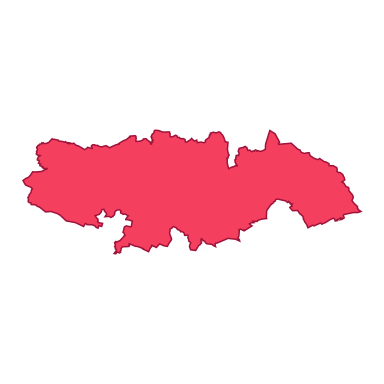 Thurles Lea-5, North Tipperary, Ireland (Equal Earth projection)
{"feature_id": "5873133B42625878328180", "entity_name": "Thurles Lea-5", "entity_type": "district", "adm_level": 2, "iso_a3": "IRL", "parent_name": "Ireland", "parent_adm1": "North Tipperary", "projection": "equal_earth", "projection_center": [-7.824, 52.667], "detail": "fine", "context": "isolated", "style": "filled", "palette": "rose", "viewbox_px": 384, "rotation_deg": 0, "n_neighbors": 0, "source": "geoboundaries", "source_scale": "gbopen_adm2", "svg_char_len": 6019}
<svg xmlns="http://www.w3.org/2000/svg" viewBox="0 0 384 384"><path d="M43.1,142.7L42.6,143.1L41.8,142.9L41.7,143.8L39.6,144.2L39.2,145.0L37.9,145.5L37.8,146.2L36.8,147.0L36.6,147.7L37.5,149.3L36.5,151.6L36.9,152.2L36.2,153.9L37.5,155.1L40.1,155.6L38.3,156.9L37.3,159.3L37.4,160.1L38.8,160.3L39.3,161.2L38.4,163.1L40.4,164.0L39.8,164.4L39.9,165.7L42.7,166.7L43.3,167.2L42.5,167.7L44.7,169.0L45.7,168.5L47.7,168.5L41.4,171.5L34.9,172.0L32.6,171.8L30.8,174.8L28.5,177.3L26.1,178.3L23.0,180.5L25.5,185.0L31.2,187.4L32.4,189.1L31.6,189.5L31.0,192.4L29.0,195.0L29.2,195.7L28.6,196.9L27.9,197.3L28.4,199.0L28.2,201.6L29.2,202.6L31.1,203.0L31.2,204.6L35.7,204.8L36.8,206.0L39.9,207.4L45.5,211.9L50.9,211.5L57.2,213.5L60.3,215.3L66.2,220.9L75.4,222.6L83.6,226.5L85.2,223.6L86.7,224.1L86.8,224.6L92.2,224.8L95.2,226.0L95.9,227.2L98.0,228.2L98.8,225.8L101.7,226.4L102.6,223.4L98.2,222.6L98.3,222.1L97.6,221.3L98.1,220.5L97.8,218.9L96.7,218.1L95.2,215.6L99.2,214.4L101.3,211.9L101.6,210.3L102.2,209.4L104.1,209.5L104.5,211.2L106.6,213.4L106.6,214.2L105.0,216.7L109.2,216.4L110.8,217.5L113.2,216.3L113.3,215.7L114.2,215.1L114.8,213.5L114.6,212.4L115.9,210.9L116.8,210.2L119.1,209.7L120.3,210.3L120.5,210.8L121.1,211.1L120.6,212.0L120.9,213.2L121.8,213.3L123.0,214.4L124.8,213.9L128.4,215.8L127.2,217.0L125.8,219.1L125.8,219.6L128.3,219.8L132.3,221.1L131.3,226.2L130.8,226.9L126.3,225.9L124.4,226.9L123.0,232.4L123.9,232.8L125.0,235.4L124.4,235.4L123.6,236.8L119.8,240.7L116.7,241.9L115.9,241.5L114.9,242.3L115.6,242.7L114.8,243.4L115.4,245.2L114.6,246.7L115.5,247.1L115.3,248.8L116.4,249.6L116.4,250.4L114.1,253.5L115.8,253.8L117.0,252.1L119.6,252.9L119.7,252.4L120.6,252.2L120.4,251.1L121.0,250.3L121.0,248.9L121.9,247.2L123.1,246.8L128.9,246.5L129.5,245.7L128.8,244.8L129.2,243.7L135.2,246.2L137.9,246.6L143.2,248.6L142.9,249.0L148.6,251.7L150.2,248.2L151.7,246.5L151.5,245.4L151.8,245.3L156.4,247.5L159.6,243.9L163.9,245.8L167.4,246.4L168.7,243.8L171.3,240.0L171.6,239.0L169.5,233.2L170.1,230.6L170.0,229.1L171.9,228.1L173.1,226.6L175.9,227.5L177.7,229.7L179.2,230.0L180.9,231.9L181.5,231.5L182.6,231.8L184.4,233.5L184.6,235.4L187.8,235.2L188.2,236.5L187.8,237.7L188.6,239.4L188.7,241.0L190.8,242.9L189.8,244.7L189.5,246.6L190.6,249.8L195.7,250.5L198.7,245.4L200.1,244.7L200.3,244.1L201.5,243.1L201.2,242.5L201.6,241.3L200.7,240.5L201.2,238.9L201.9,238.7L203.0,240.5L204.9,241.3L205.1,242.2L206.5,243.7L212.0,244.4L212.9,245.3L215.5,246.6L215.1,245.4L215.3,243.4L217.5,242.9L228.0,238.4L235.5,239.2L239.7,241.1L239.3,239.4L237.8,238.1L238.8,236.4L239.3,231.2L239.0,229.6L240.5,229.2L244.1,230.8L244.3,230.0L245.0,230.3L252.0,225.9L249.4,223.9L251.1,222.9L254.0,222.6L252.9,221.3L257.2,221.4L257.9,220.4L261.4,219.2L266.6,218.5L266.3,218.0L266.7,210.6L271.1,204.3L271.6,204.4L272.1,203.6L273.7,202.7L273.8,201.7L275.3,201.0L275.7,199.6L277.3,199.0L285.6,200.9L287.6,202.5L288.6,201.5L289.4,202.7L290.1,202.5L290.4,203.9L291.9,203.9L291.4,204.3L291.8,204.9L291.3,205.0L291.9,206.3L290.1,207.0L289.8,207.6L292.6,210.7L297.6,210.5L300.0,214.0L300.7,214.1L301.0,214.7L303.0,216.4L303.1,217.7L303.6,218.5L303.4,219.5L304.5,220.7L304.6,221.7L306.6,224.4L307.9,227.8L312.7,225.2L314.0,225.9L320.6,223.0L321.8,224.2L325.8,222.4L330.3,219.5L333.6,218.2L334.6,219.2L335.2,221.0L337.3,220.6L336.7,220.0L340.4,218.3L340.5,217.9L341.8,218.2L340.6,219.6L342.0,219.3L344.2,217.9L343.4,215.3L343.7,214.6L353.1,212.6L358.0,212.5L361.0,211.5L358.1,209.5L358.0,208.7L357.4,208.2L357.6,207.0L357.2,206.2L353.9,203.2L352.0,200.6L353.3,197.4L352.7,195.2L348.8,190.5L348.9,188.4L348.4,187.4L346.1,186.7L343.7,182.9L341.9,182.0L344.8,179.9L344.1,177.5L342.7,174.5L340.1,172.5L338.6,172.5L337.0,171.5L337.2,169.1L336.6,167.4L336.1,167.4L333.3,165.7L329.2,165.7L328.9,163.5L326.2,162.1L323.9,161.5L319.8,158.6L319.4,158.5L318.5,159.4L317.4,159.5L313.8,158.1L310.5,155.9L309.7,154.9L309.4,152.9L307.9,152.7L304.3,153.4L301.3,152.4L299.9,149.9L297.8,149.2L291.2,143.2L278.6,144.3L278.5,143.4L279.6,142.2L275.0,133.7L269.8,130.5L265.6,144.1L265.3,149.4L261.4,151.3L259.3,151.2L258.0,150.6L256.9,151.1L256.3,150.2L255.6,149.9L255.1,150.1L254.5,151.1L253.3,150.9L251.6,151.7L249.9,150.1L248.0,150.5L246.7,147.3L246.1,147.3L245.2,146.4L242.9,147.5L239.2,148.3L238.2,151.2L239.3,153.8L238.3,155.7L237.4,155.2L236.2,155.5L235.7,158.3L235.9,159.2L234.8,160.0L235.2,161.0L235.1,162.3L237.3,165.9L237.0,166.1L235.9,165.3L233.7,166.8L232.3,166.9L228.6,168.6L227.2,162.9L227.3,159.8L226.8,158.4L228.0,158.1L228.1,156.4L229.0,155.6L228.9,154.4L228.3,153.8L227.4,149.4L228.0,142.3L225.3,141.7L223.7,137.2L222.5,135.0L220.6,133.2L220.6,132.6L219.0,131.9L215.9,132.9L213.4,132.2L210.3,133.2L210.6,134.5L209.5,135.0L209.4,135.8L209.7,136.1L209.1,136.7L209.0,137.6L206.0,139.7L205.3,140.6L205.5,142.0L204.1,142.7L201.0,142.1L197.3,142.6L196.7,140.1L194.6,141.0L193.9,140.8L191.6,138.4L190.7,139.6L186.2,142.3L185.2,141.7L185.2,139.9L184.8,139.3L183.1,138.6L180.9,138.7L180.0,138.3L179.5,137.5L177.4,137.3L177.1,136.0L175.7,135.2L172.1,136.9L170.4,136.7L170.0,135.7L170.1,133.7L169.8,133.5L169.5,131.9L162.9,132.1L158.9,130.6L155.6,130.2L154.4,130.6L153.7,133.1L152.2,134.2L151.1,136.9L151.9,137.4L151.6,138.1L152.1,139.3L153.0,140.0L152.3,140.7L152.7,140.8L152.0,141.7L152.4,142.4L151.2,142.5L151.0,143.5L151.3,144.0L150.8,144.1L149.9,141.6L148.4,140.9L146.2,138.8L143.9,138.8L143.3,139.0L142.8,140.1L139.9,141.2L136.0,141.4L135.8,139.7L136.3,138.4L135.9,137.4L136.0,136.3L135.2,135.7L130.0,136.1L129.6,136.4L130.0,137.2L128.7,137.6L126.2,139.7L123.6,140.6L118.8,143.5L119.1,144.0L115.7,144.9L109.4,147.7L106.1,145.6L101.3,146.9L98.9,146.3L97.5,145.3L96.1,145.5L94.3,144.7L92.4,144.9L91.5,145.8L91.3,146.3L92.1,147.4L91.9,148.5L87.5,147.3L86.8,148.4L84.6,149.6L78.8,146.1L75.5,145.0L74.3,143.5L73.2,143.2L72.6,143.7L70.8,143.4L68.8,143.8L67.8,143.3L68.9,142.8L66.3,142.4L65.4,141.6L64.5,142.2L62.3,141.4L58.9,141.1L58.4,140.2L53.8,139.2L52.2,139.4L52.0,138.9L48.9,142.3L47.8,142.8L45.9,143.5L43.9,143.5L43.1,142.7Z" fill="#f43f5e" stroke="#9f1239" stroke-width="1.5"/></svg>